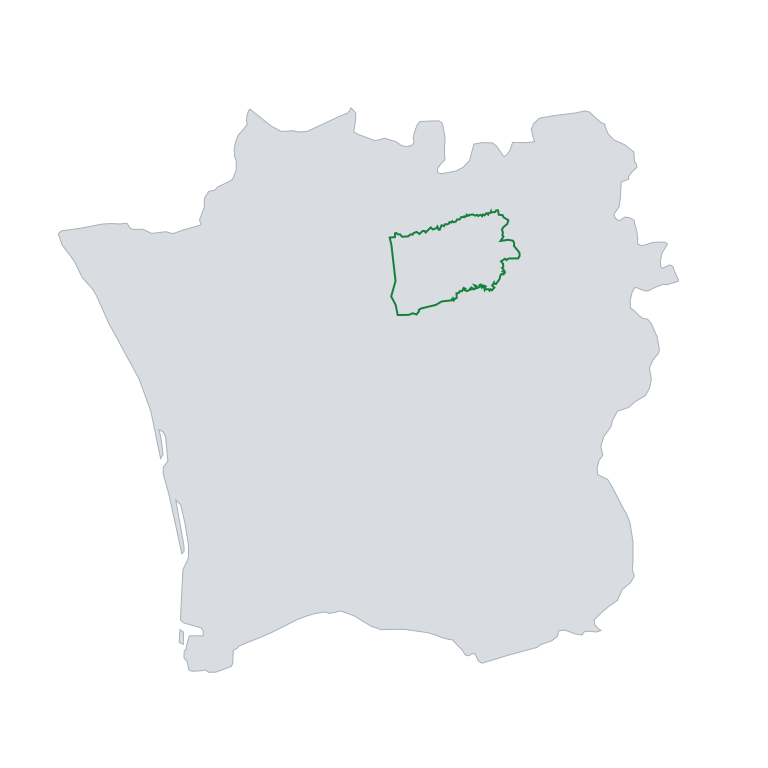 location of Worodougou, Worodougou, Ivory Coast, rotated 83°
{"feature_id": "98640826B81277132888560", "entity_name": "Worodougou", "entity_type": "district", "adm_level": 2, "iso_a3": "CIV", "parent_name": "Ivory Coast", "parent_adm1": "Worodougou", "projection": "mercator", "projection_center": [-6.759, 8.427], "detail": "medium", "context": "in_parent", "style": "outline", "palette": "green", "viewbox_px": 768, "rotation_deg": 83, "n_neighbors": 0, "source": "geoboundaries", "source_scale": "gbopen_adm2", "svg_char_len": 5538}
<svg xmlns="http://www.w3.org/2000/svg" viewBox="0 0 768 768"><g transform="rotate(83 384 384)"><path d="M153.0,133.2L155.8,133.1L163.1,131.0L169.7,126.1L175.9,115.9L184.2,107.7L193.6,108.3L196.4,106.8L199.7,106.5L203.7,111.9L207.6,116.0L210.4,116.1L212.5,123.9L229.7,127.1L237.0,129.2L243.2,134.9L245.3,135.0L247.9,133.9L250.0,131.9L250.4,129.7L247.7,124.6L248.9,120.0L251.7,115.9L256.1,115.6L262.7,114.5L270.3,114.4L276.0,115.2L278.3,111.1L276.2,99.5L276.7,93.1L277.6,87.8L279.7,85.6L288.2,92.3L296.0,94.8L301.6,95.0L303.1,93.7L300.7,86.3L301.4,84.1L303.4,82.8L307.1,82.1L317.0,79.0L318.0,79.6L319.9,91.3L319.0,95.1L321.1,102.9L323.7,110.3L323.5,113.2L321.4,117.8L318.9,121.9L319.2,123.6L323.1,126.5L330.7,129.4L338.5,130.1L342.8,125.8L347.4,122.3L350.5,119.2L351.6,114.7L356.6,111.3L370.8,107.1L383.8,106.5L387.0,107.8L392.9,114.2L400.4,118.6L411.7,118.0L420.0,120.7L427.1,125.6L431.9,136.5L437.2,144.4L439.5,155.6L447.7,161.5L454.2,164.1L463.0,172.3L472.1,176.4L481.5,175.5L485.9,179.7L492.9,182.7L499.9,182.9L506.1,173.6L514.3,169.9L534.9,162.4L543.0,159.0L551.3,156.8L571.2,156.1L589.6,158.4L598.8,160.2L605.1,158.9L611.0,163.4L617.2,172.7L622.2,175.7L627.4,178.9L631.2,186.3L635.7,193.6L638.1,196.9L643.6,204.1L648.4,204.2L653.1,201.1L655.1,198.7L656.0,203.5L654.2,211.2L654.5,216.0L657.2,217.8L655.7,224.0L650.3,234.5L650.3,240.7L655.7,242.6L659.5,249.2L661.8,260.4L664.2,264.1L664.4,266.5L668.3,293.6L673.1,320.9L670.0,324.4L665.8,325.5L663.1,326.7L662.3,329.3L664.1,333.0L662.9,336.4L657.7,338.7L646.2,347.4L645.4,350.8L642.4,358.2L639.8,362.7L636.1,371.0L630.1,393.1L627.9,411.3L627.6,416.9L625.3,420.9L622.7,426.5L610.2,442.2L603.9,454.9L604.7,460.5L605.0,466.1L603.1,470.1L603.5,480.9L605.0,489.9L607.2,498.8L616.3,523.8L620.9,539.0L623.9,551.3L626.4,559.5L628.8,562.8L629.8,566.0L643.2,568.3L645.8,570.1L649.5,586.1L648.8,593.3L646.2,596.0L646.3,602.1L645.7,609.7L643.7,612.7L636.2,613.1L631.2,615.9L624.4,614.8L623.8,612.9L620.2,612.2L610.3,607.9L611.9,594.1L607.3,593.5L603.7,595.3L596.7,611.9L593.3,614.8L543.7,606.2L532.9,599.3L520.0,597.7L497.6,598.5L479.0,600.6L473.7,604.8L520.5,602.3L525.5,602.8L527.9,605.3L468.7,610.8L446.1,614.1L439.4,613.2L434.4,607.9L409.8,607.2L404.8,609.0L401.8,612.9L411.4,612.0L426.7,611.8L430.7,614.8L383.0,618.7L350.0,626.2L335.9,631.7L289.8,649.9L261.6,658.5L254.3,661.7L241.4,670.6L225.0,676.1L206.5,686.6L195.3,689.0L192.7,685.6L192.5,667.9L190.9,644.2L191.5,635.2L193.0,626.6L193.0,619.6L198.6,616.9L200.1,613.9L200.9,604.7L206.2,596.3L206.3,581.7L207.8,578.7L209.0,574.8L206.8,565.2L203.9,547.1L202.4,545.9L201.2,546.7L198.2,547.0L186.6,540.8L177.7,539.7L171.4,534.3L171.0,528.3L167.9,524.7L165.8,517.7L162.7,509.6L153.9,504.7L145.6,503.5L139.7,504.5L132.8,504.2L124.9,501.5L119.4,498.5L114.2,492.6L109.5,487.9L105.6,488.4L100.9,487.3L96.4,485.2L94.9,483.5L114.1,464.7L120.6,455.5L121.3,449.9L121.3,444.2L123.4,438.3L124.0,429.5L113.4,397.2L110.7,387.2L107.8,384.2L106.0,383.1L111.3,379.0L118.8,380.1L130.1,383.3L132.6,380.1L141.2,363.8L140.9,357.7L140.1,353.5L145.1,342.4L149.1,338.0L151.2,333.4L150.5,327.0L147.5,324.6L143.5,325.1L138.8,323.5L131.5,319.8L127.8,316.6L129.0,301.8L129.6,297.2L132.2,294.6L136.2,293.9L147.5,293.4L156.6,295.1L164.6,296.1L168.8,296.1L172.3,300.4L176.9,304.9L180.9,304.9L182.3,301.6L181.4,287.0L178.7,279.3L172.6,271.8L156.8,265.5L156.4,256.6L158.0,246.9L161.4,243.4L173.2,237.2L171.1,233.9L167.3,230.4L159.9,226.9L161.6,215.3L162.0,205.0L155.7,206.2L149.2,206.8L143.7,203.6L139.1,197.4L138.3,180.1L138.3,160.2L137.4,151.4L139.2,146.7L144.7,142.4L150.8,136.8L153.0,133.2ZM618.0,615.0L615.4,618.8L602.9,616.4L605.9,613.2L618.0,615.0Z" fill="#d9dde1" stroke="#a8b0b8" stroke-width="1"/><path d="M240.4,342.0L240.1,348.0L237.5,349.8L237.1,352.0L235.6,353.4L235.8,354.7L239.6,355.3L239.3,360.5L247.1,359.7L283.2,360.0L298.0,366.2L306.9,362.8L317.2,362.0L318.4,351.0L317.3,347.0L318.9,343.2L316.1,340.4L314.8,340.5L313.6,338.3L311.8,322.8L309.1,316.7L309.2,306.6L308.2,306.2L309.5,304.9L307.4,304.6L308.5,303.6L307.3,301.3L302.9,301.0L302.6,298.4L301.1,297.6L301.4,295.3L298.3,293.2L299.4,291.6L300.5,292.7L301.9,290.5L300.6,286.2L299.8,286.8L299.0,285.7L300.5,285.0L299.8,284.1L301.0,283.3L300.0,280.6L297.1,282.1L298.0,280.4L300.1,279.6L298.9,276.6L297.6,277.2L297.1,275.8L300.0,275.1L298.2,274.0L298.8,272.2L299.9,273.2L300.1,271.7L300.9,272.7L302.6,272.6L301.4,271.8L302.5,271.4L302.6,268.8L304.2,267.8L303.0,266.8L304.2,265.4L301.7,262.7L299.5,264.6L296.6,262.4L298.0,262.1L298.4,260.7L294.2,256.7L290.2,255.1L289.1,253.8L289.8,252.0L288.0,250.5L286.9,252.2L286.4,250.8L283.1,252.7L282.3,251.3L279.1,251.2L276.5,252.9L274.4,248.5L276.0,247.3L274.6,244.9L275.7,235.5L273.4,233.8L270.1,233.6L262.7,238.2L260.1,237.6L257.5,238.5L256.0,243.2L256.2,250.9L252.3,247.5L250.6,248.4L248.3,247.5L245.2,248.1L243.2,246.8L240.2,242.2L236.6,240.6L233.0,245.1L230.8,245.7L230.1,249.4L225.5,249.7L225.3,251.4L226.9,252.8L226.7,256.7L225.7,256.8L227.1,257.6L227.2,259.9L228.4,260.0L227.0,261.8L228.9,263.6L227.8,265.2L229.4,266.1L227.8,267.6L228.7,270.1L227.5,270.8L228.0,273.1L226.6,275.1L226.5,278.2L227.2,279.1L226.1,281.2L227.4,281.2L227.8,283.7L226.5,283.9L228.2,284.1L227.7,286.9L229.9,288.9L229.6,291.5L231.7,293.1L231.9,295.5L230.7,296.4L231.9,297.6L231.3,299.3L232.7,300.0L233.2,301.8L232.9,304.2L234.6,305.1L233.5,307.5L237.7,310.0L237.3,311.1L234.2,311.8L235.8,313.3L236.6,316.7L234.3,318.5L238.7,324.2L237.1,325.1L236.8,326.9L239.4,330.5L237.0,333.2L237.9,336.5L239.3,337.4L238.7,339.5L240.4,342.0Z" fill="none" stroke="#15803d" stroke-width="2"/></g></svg>